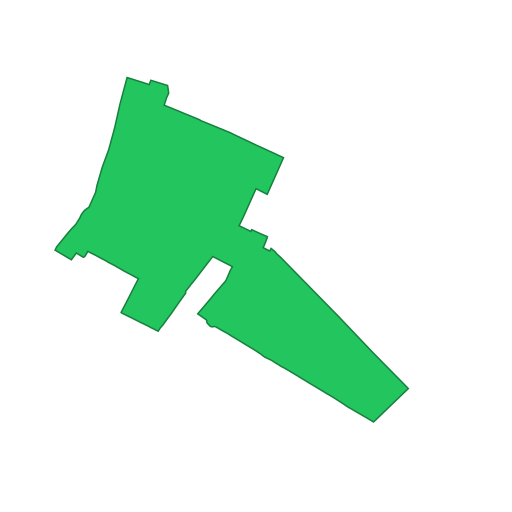 outline of Gura Padinii, Romania, rotated 117°
{"feature_id": "2599482B60613524156855", "entity_name": "Gura Padinii", "entity_type": "district", "adm_level": 2, "iso_a3": "ROU", "parent_name": "Romania", "parent_adm1": "", "projection": "albers", "projection_center": [24.327, 43.755], "detail": "fine", "context": "isolated", "style": "filled", "palette": "green", "viewbox_px": 512, "rotation_deg": 117, "n_neighbors": 0, "source": "geoboundaries", "source_scale": "gbopen_adm2", "svg_char_len": 3470}
<svg xmlns="http://www.w3.org/2000/svg" viewBox="0 0 512 512"><g transform="rotate(117 256 256)"><path d="M350.5,75.9L349.8,75.7L348.6,75.2L308.7,61.4L305.0,60.1L304.3,62.0L300.3,74.0L291.9,99.2L289.2,107.4L272.3,155.3L262.0,186.0L246.2,232.9L246.0,233.5L244.7,238.5L243.6,240.7L242.4,246.0L245.3,246.0L245.3,248.1L245.3,248.4L245.3,249.4L245.5,249.4L245.5,250.3L245.3,250.4L245.3,251.7L245.3,252.3L245.3,253.4L241.2,253.6L239.3,253.8L237.6,254.0L235.4,254.2L234.0,254.5L233.6,254.6L234.0,260.7L234.1,262.5L234.5,271.8L236.4,271.7L236.7,284.8L226.7,285.0L214.5,285.6L196.0,286.5L196.0,274.0L186.3,274.5L155.9,276.1L156.6,294.6L157.1,306.0L157.8,330.9L157.8,334.7L160.5,367.1L160.2,367.7L161.6,385.3L163.3,406.3L155.5,407.5L150.6,407.7L147.4,409.9L144.2,412.2L147.2,429.5L151.7,428.9L152.6,434.7L155.5,451.9L182.7,446.1L205.7,440.2L228.2,435.5L246.7,433.3L265.5,429.7L272.1,427.8L272.5,427.7L273.0,427.8L274.0,427.7L288.0,427.0L289.4,427.5L291.0,428.4L292.3,429.1L293.8,429.6L295.4,430.0L296.8,430.2L298.1,430.4L299.6,430.4L301.2,430.3L302.6,430.3L303.9,430.4L305.5,430.6L307.0,430.7L309.4,430.9L311.2,431.4L313.5,432.1L315.4,432.7L320.2,433.9L338.5,437.8L342.0,437.7L343.2,418.8L334.9,417.4L335.5,410.3L335.5,409.4L335.0,408.7L334.3,408.4L333.3,408.2L328.2,407.9L328.3,402.7L328.2,399.8L328.3,396.4L328.4,393.3L328.4,390.3L328.4,388.2L328.5,386.9L328.7,384.7L328.7,382.4L328.7,379.4L328.7,377.3L328.9,375.0L329.0,372.0L329.1,369.9L329.3,367.7L329.4,361.3L329.4,358.3L329.5,356.1L329.6,353.2L329.5,350.4L331.1,350.5L338.6,350.5L349.8,350.5L355.2,350.5L367.5,350.6L367.8,349.8L367.7,348.1L367.8,347.4L367.7,346.3L367.7,344.3L367.7,341.5L367.6,339.2L367.6,337.5L367.6,335.1L367.6,333.0L367.6,330.6L367.6,327.9L367.5,325.9L367.5,323.5L367.4,320.8L367.5,318.3L367.5,315.8L367.4,314.5L367.5,311.8L367.4,309.0L366.1,308.9L363.5,308.6L359.6,307.6L351.2,306.3L344.8,305.2L340.8,304.7L333.5,303.7L327.8,302.8L323.6,302.2L321.1,301.8L319.2,302.7L316.6,302.1L313.1,301.4L310.7,301.0L307.9,300.3L299.7,298.7L296.8,298.2L276.1,294.3L276.2,272.2L280.8,272.4L282.6,272.2L291.1,271.7L292.7,271.9L308.9,275.9L314.5,277.1L321.4,278.7L334.0,281.7L335.4,271.6L335.7,270.6L336.0,270.5L336.5,270.4L337.2,269.7L337.9,269.2L338.3,268.0L339.4,265.0L339.3,263.7L338.9,262.5L337.8,261.3L337.4,260.0L337.4,259.0L337.5,257.4L337.6,255.7L337.9,250.7L337.9,246.9L338.4,242.0L340.5,213.4L341.1,208.7L341.1,207.7L341.7,205.1L341.8,204.4L341.9,203.8L342.0,203.2L342.1,202.5L342.1,201.0L342.0,199.5L342.0,197.9L342.0,196.8L341.9,195.4L342.0,193.8L342.1,192.9L342.2,192.3L342.3,191.3L342.4,190.2L342.5,189.4L342.5,188.3L342.6,187.4L342.7,186.3L342.7,185.6L342.8,185.2L342.9,184.5L342.9,183.8L343.0,182.9L343.0,181.7L343.0,181.1L342.9,180.7L343.0,179.7L343.0,179.3L343.1,178.9L343.1,178.1L343.1,177.2L343.2,175.4L343.3,174.1L343.4,172.8L343.5,171.4L343.6,169.7L343.7,168.4L343.8,167.2L343.9,166.4L343.9,165.3L344.0,164.0L344.1,163.0L344.2,161.5L344.4,159.8L344.5,157.9L344.6,156.2L344.7,155.2L344.8,153.6L344.9,152.6L345.1,150.2L345.2,148.2L345.3,146.7L345.4,145.6L345.5,143.6L345.7,140.9L345.8,140.2L345.9,138.0L346.0,136.6L346.1,136.1L346.1,135.3L346.2,134.6L346.2,133.6L346.4,132.1L346.4,130.7L346.6,130.0L346.6,129.6L346.5,128.6L346.7,127.4L346.7,126.3L346.9,123.5L347.1,121.0L347.4,117.9L347.6,116.1L347.7,114.7L347.9,113.1L348.2,110.4L348.5,108.4L348.6,107.4L348.7,106.9L348.9,103.8L349.4,94.4L349.8,87.5L350.4,77.4L350.5,76.3L350.5,75.9Z" fill="#22c55e" stroke="#15803d" stroke-width="1.5"/></g></svg>